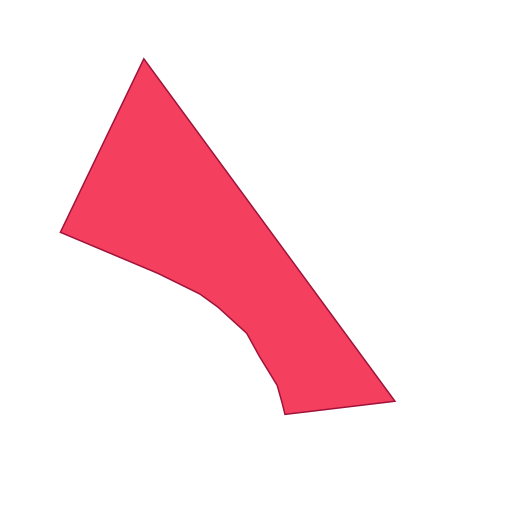 outline of 43, Ar Rayyān, Qatar, rotated 205°
{"feature_id": "91078587B15697971941315", "entity_name": "43", "entity_type": "district", "adm_level": 2, "iso_a3": "QAT", "parent_name": "Qatar", "parent_adm1": "Ar Rayyān", "projection": "mercator", "projection_center": [51.504, 25.251], "detail": "fine", "context": "isolated", "style": "filled", "palette": "rose", "viewbox_px": 512, "rotation_deg": 205, "n_neighbors": 0, "source": "geoboundaries", "source_scale": "gbopen_adm2", "svg_char_len": 313}
<svg xmlns="http://www.w3.org/2000/svg" viewBox="0 0 512 512"><g transform="rotate(205 256 256)"><path d="M68.7,183.1L441.0,387.3L443.3,194.8L337.3,198.8L290.8,197.8L268.9,193.6L231.7,182.0L210.8,166.7L182.0,147.6L170.4,134.1L162.8,124.7L68.7,183.1Z" fill="#f43f5e" stroke="#9f1239" stroke-width="1.5"/></g></svg>